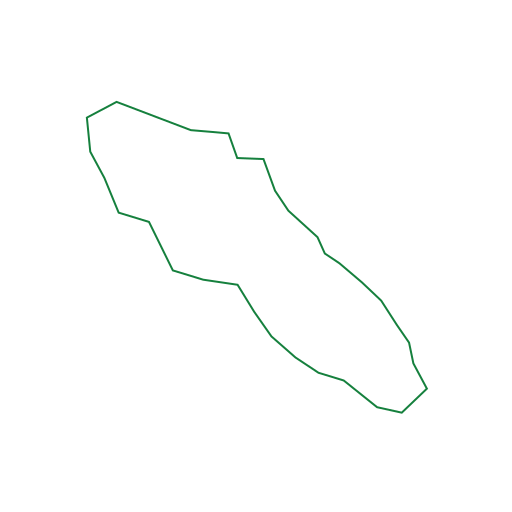 Fterikoudi, Nicosia, Cyprus, rotated 287°
{"feature_id": "46923920B21342367895677", "entity_name": "Fterikoudi", "entity_type": "district", "adm_level": 2, "iso_a3": "CYP", "parent_name": "Cyprus", "parent_adm1": "Nicosia", "projection": "albers", "projection_center": [33.075, 34.965], "detail": "fine", "context": "isolated", "style": "outline", "palette": "green", "viewbox_px": 512, "rotation_deg": 287, "n_neighbors": 0, "source": "geoboundaries", "source_scale": "gbopen_adm2", "svg_char_len": 558}
<svg xmlns="http://www.w3.org/2000/svg" viewBox="0 0 512 512"><g transform="rotate(287 256 256)"><path d="M146.8,416.0L148.8,441.2L179.1,458.2L199.3,437.9L217.9,427.7L231.3,410.8L249.9,388.8L261.7,365.1L273.4,338.0L278.5,321.1L292.0,309.3L308.8,273.7L324.0,255.1L350.9,234.8L344.2,209.4L365.2,193.9L362.2,179.6L357.3,156.9L362.6,77.6L338.9,53.8L307.3,67.0L286.3,88.2L257.3,112.0L257.3,143.7L217.9,180.7L217.9,212.4L223.1,246.8L202.1,270.6L183.6,294.3L170.5,323.4L162.6,349.9L162.6,376.3L146.8,416.0Z" fill="none" stroke="#15803d" stroke-width="2"/></g></svg>